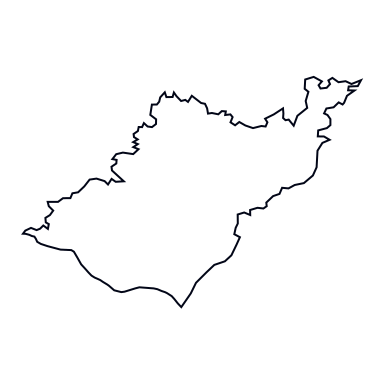 Dehkanabad, Kashkadarya, Uzbekistan
{"feature_id": "79887680B51602053820604", "entity_name": "Dehkanabad", "entity_type": "district", "adm_level": 2, "iso_a3": "UZB", "parent_name": "Uzbekistan", "parent_adm1": "Kashkadarya", "projection": "robinson", "projection_center": [66.692, 38.343], "detail": "fine", "context": "isolated", "style": "outline", "palette": "ink", "viewbox_px": 384, "rotation_deg": 0, "n_neighbors": 0, "source": "geoboundaries", "source_scale": "gbopen_adm2", "svg_char_len": 2433}
<svg xmlns="http://www.w3.org/2000/svg" viewBox="0 0 384 384"><path d="M151.9,104.6L150.3,114.9L156.1,119.3L156.0,124.0L152.0,127.1L147.6,126.5L143.9,123.1L142.1,127.1L138.7,127.0L137.9,131.0L133.6,134.0L134.0,137.1L137.7,139.4L133.2,142.1L137.8,144.1L133.3,147.1L138.5,149.2L133.2,154.1L122.9,152.6L116.2,154.2L112.4,159.1L116.6,159.9L116.3,163.5L111.5,166.7L112.0,170.5L123.8,181.3L115.7,181.8L111.6,178.9L108.0,184.5L104.6,181.1L96.5,178.6L89.6,179.6L84.3,186.4L78.1,192.3L72.4,193.3L70.4,198.1L63.0,198.2L58.0,201.9L47.7,201.9L48.8,206.2L53.2,210.6L49.9,215.1L45.4,217.9L45.8,222.4L48.8,224.1L47.9,228.9L43.3,225.5L40.1,228.7L36.6,230.1L31.0,227.9L25.3,230.6L23.0,233.7L25.4,233.8L27.8,234.4L29.5,234.9L31.8,236.0L34.4,236.6L35.9,238.9L37.2,241.8L40.8,243.9L47.4,246.1L60.5,249.6L66.9,249.9L71.3,250.1L73.9,251.7L77.3,257.5L81.2,264.4L84.7,268.2L88.5,272.5L91.5,275.6L94.7,277.6L97.7,278.9L100.3,280.1L102.9,281.9L107.2,284.5L108.9,285.7L114.2,290.3L118.5,291.4L121.3,292.1L124.5,291.7L135.2,288.4L139.4,287.3L153.7,288.4L157.4,289.2L161.6,291.0L163.4,291.6L164.9,292.1L166.8,293.0L171.7,296.1L174.3,299.0L177.8,303.4L181.3,307.1L190.8,293.4L196.0,282.8L206.5,272.3L214.3,264.9L224.9,261.3L231.4,255.3L236.6,244.5L239.9,237.2L234.3,234.2L235.7,227.8L237.8,223.5L237.7,214.5L244.2,212.5L250.2,215.0L250.1,210.0L257.5,207.8L263.4,208.5L266.7,206.2L266.3,202.6L273.1,196.1L279.5,193.9L282.1,187.8L288.5,188.4L294.7,185.0L303.9,183.1L312.9,175.5L316.6,167.3L317.5,150.7L322.4,142.9L329.6,139.8L324.0,136.5L317.8,136.4L318.2,130.4L326.9,128.1L330.4,125.1L330.4,119.1L327.5,115.0L324.1,113.4L326.4,108.5L333.6,107.3L338.7,102.4L342.6,104.5L344.1,102.8L347.0,95.8L354.5,90.5L348.1,90.3L348.7,86.5L357.8,86.1L361.0,80.2L351.5,84.0L345.6,81.2L338.5,82.2L332.4,77.9L328.4,80.4L330.0,84.1L326.7,87.8L320.5,88.5L318.6,85.2L321.9,81.4L313.7,76.9L305.2,79.5L304.7,88.8L308.4,91.8L305.7,101.0L307.2,107.9L297.4,115.8L293.7,125.7L288.7,119.6L285.5,120.2L283.1,118.0L283.4,113.5L283.0,108.4L273.8,114.4L265.1,118.7L267.4,122.3L265.6,126.5L261.4,126.0L253.0,128.1L245.4,125.5L239.3,122.0L235.1,125.3L230.5,122.3L232.6,117.1L230.4,114.4L225.2,115.0L225.8,111.4L221.8,111.1L218.3,114.3L211.9,113.0L208.0,113.6L207.1,108.3L205.0,103.8L201.1,103.0L191.8,95.8L188.0,101.9L185.3,99.9L181.1,101.0L176.5,96.2L173.9,92.5L172.6,97.0L166.4,97.1L164.8,92.3L160.2,97.4L159.2,101.7L156.9,104.5L151.9,104.6Z" fill="none" stroke="#020617" stroke-width="2"/></svg>